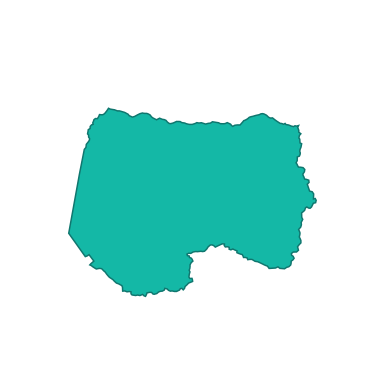 the district of Buriti Bravo, Maranhão, Brazil, rotated 56°
{"feature_id": "56859067B93181490045826", "entity_name": "Buriti Bravo", "entity_type": "district", "adm_level": 2, "iso_a3": "BRA", "parent_name": "Brazil", "parent_adm1": "Maranhão", "projection": "natural_earth1", "projection_center": [-43.798, -5.776], "detail": "fine", "context": "isolated", "style": "filled", "palette": "teal", "viewbox_px": 384, "rotation_deg": 56, "n_neighbors": 0, "source": "geoboundaries", "source_scale": "gbopen_adm2", "svg_char_len": 4104}
<svg xmlns="http://www.w3.org/2000/svg" viewBox="0 0 384 384"><g transform="rotate(56 192 192)"><path d="M298.5,170.8L301.7,165.3L302.1,162.6L304.5,161.8L307.4,158.2L307.4,155.6L308.1,153.5L307.7,151.0L306.6,149.8L304.8,148.4L304.7,146.1L304.0,144.4L301.8,144.1L300.2,144.8L298.6,144.0L298.4,141.6L300.2,138.9L299.8,136.3L296.4,135.1L295.6,132.6L295.1,130.2L293.2,128.9L291.5,128.5L289.3,128.2L287.7,126.5L286.4,125.4L285.1,125.0L282.7,124.6L281.9,121.5L280.3,119.6L278.3,118.5L276.6,115.5L274.4,115.2L270.6,112.8L270.5,110.8L270.2,108.9L268.6,106.8L268.6,105.2L270.5,104.3L271.5,103.2L271.3,101.4L269.2,97.7L270.0,95.5L268.3,93.7L266.3,93.5L265.7,95.2L261.6,92.2L259.0,92.2L257.0,94.0L250.0,92.1L249.5,89.6L247.5,88.6L245.5,90.1L244.2,91.4L242.0,90.8L240.4,90.6L239.1,90.0L238.1,87.5L236.4,85.9L233.9,86.3L232.1,88.2L230.9,89.8L229.3,89.7L227.7,89.4L226.0,89.4L224.9,87.3L221.8,85.1L222.3,82.9L221.4,81.5L220.2,80.4L218.5,79.9L217.2,78.7L215.8,76.6L213.3,74.1L211.7,75.0L208.4,73.1L207.0,73.2L205.2,71.4L204.6,69.2L202.1,70.0L200.6,69.0L197.5,68.2L196.5,66.5L195.9,68.4L194.7,69.6L194.6,71.2L192.9,72.8L190.5,74.4L188.6,76.4L187.2,76.5L187.1,78.1L185.4,79.3L184.3,80.6L182.8,81.2L180.7,82.1L178.5,82.9L175.6,83.8L174.6,85.6L172.9,86.7L170.0,87.3L167.5,88.7L166.4,89.8L165.7,91.3L165.5,93.1L164.2,96.3L163.3,99.2L162.6,100.9L162.1,102.7L162.4,105.0L162.2,107.6L161.8,109.2L162.3,110.8L163.3,114.7L161.7,117.0L160.6,119.2L160.4,121.5L159.0,122.0L157.3,122.1L154.2,124.0L153.8,126.3L153.0,127.8L151.2,130.3L149.5,131.2L148.0,132.8L146.5,134.4L145.2,135.8L145.2,138.2L144.1,140.3L143.3,142.7L141.8,143.9L139.8,145.5L138.7,147.7L137.2,149.2L137.0,151.0L136.1,154.0L134.7,156.1L133.6,157.3L132.0,158.7L130.8,159.4L129.8,160.5L128.8,161.6L126.9,162.5L124.9,165.3L124.3,168.9L123.4,171.5L122.4,172.6L120.3,173.3L118.1,173.5L116.6,174.4L115.1,176.0L112.7,177.6L112.3,181.0L108.9,182.9L107.0,183.6L104.9,183.6L103.0,184.5L101.6,185.5L99.9,187.9L98.8,188.9L98.0,191.2L97.6,193.8L97.3,197.2L96.6,199.5L94.8,200.6L93.6,201.4L91.8,201.5L88.4,203.3L85.7,205.5L84.2,206.8L83.1,208.4L81.9,209.3L80.6,210.2L79.1,211.8L77.6,213.4L75.9,214.4L77.0,217.0L78.0,220.1L78.2,222.0L77.7,223.4L76.1,225.4L77.3,227.2L78.3,229.4L77.1,231.0L77.2,232.8L78.3,234.2L79.2,235.6L80.6,236.1L80.2,237.8L80.7,239.7L82.4,241.0L82.3,243.1L83.9,244.6L85.4,246.1L86.9,245.9L88.7,247.0L90.4,247.0L91.7,248.1L92.6,250.4L93.4,253.0L94.6,254.0L95.8,255.1L96.4,257.4L114.1,275.2L157.3,317.3L165.3,317.1L168.4,317.0L185.9,316.6L186.4,314.5L186.4,312.4L194.4,312.0L194.9,315.9L195.3,317.5L196.8,316.6L198.2,316.2L200.1,315.4L202.3,314.4L203.5,311.5L205.0,309.8L208.3,309.2L209.9,308.7L212.0,308.7L214.3,308.5L216.4,308.2L218.6,307.3L220.6,306.5L222.3,306.3L225.2,305.6L227.1,304.2L230.4,302.5L232.1,302.9L235.4,304.9L236.5,303.0L238.4,301.7L239.4,299.7L240.6,298.4L242.3,299.5L243.8,299.3L246.3,296.6L247.0,294.7L248.7,293.1L249.3,290.2L251.3,289.8L252.5,288.9L251.7,287.4L250.5,285.7L251.5,283.2L252.7,281.6L254.5,281.5L255.6,280.6L256.5,278.0L256.2,275.6L256.7,273.6L257.6,272.0L257.8,269.8L256.7,268.4L258.5,266.8L260.3,266.5L262.1,265.4L262.9,263.8L264.5,262.3L265.8,260.4L266.3,257.2L265.6,255.7L266.2,254.3L268.2,254.0L267.8,252.2L266.5,250.6L266.1,247.9L265.6,245.8L266.1,243.5L266.5,241.5L265.2,240.8L263.6,240.3L262.4,242.2L260.8,242.1L258.8,240.4L257.1,238.4L255.3,238.1L254.2,236.6L252.7,235.3L251.3,234.4L250.1,232.1L249.8,229.9L247.8,229.5L246.4,229.6L244.9,230.7L243.5,230.1L242.2,231.4L240.7,230.9L240.9,229.0L242.2,227.3L242.4,224.5L243.5,222.1L244.5,220.9L246.1,217.8L247.4,216.4L248.1,214.7L247.6,211.9L246.5,209.3L246.2,206.5L247.0,205.0L248.5,204.0L250.7,203.5L251.1,200.6L251.5,198.2L251.9,195.9L253.3,194.2L254.4,195.2L256.2,195.1L257.2,193.2L258.7,192.1L260.2,193.2L261.7,192.1L262.1,190.0L264.1,188.9L266.0,187.6L267.4,188.7L269.3,187.5L270.6,186.5L272.0,185.3L273.7,185.5L275.1,185.9L276.1,184.4L277.4,183.2L279.3,183.6L280.2,181.7L281.4,180.0L283.1,179.2L284.7,178.5L286.7,176.4L289.0,175.0L290.2,174.3L291.4,173.6L292.7,172.9L294.1,172.0L295.6,170.9L298.5,170.8Z" fill="#14b8a6" stroke="#0f766e" stroke-width="1.5"/></g></svg>